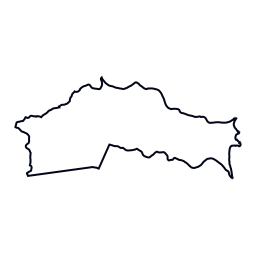 outline of Anse Ger, Micoud, Saint Lucia
{"feature_id": "8701671B87504135677093", "entity_name": "Anse Ger", "entity_type": "district", "adm_level": 2, "iso_a3": "LCA", "parent_name": "Saint Lucia", "parent_adm1": "Micoud", "projection": "orthographic", "projection_center": [-60.912, 13.796], "detail": "fine", "context": "isolated", "style": "outline", "palette": "ink", "viewbox_px": 256, "rotation_deg": 0, "n_neighbors": 0, "source": "geoboundaries", "source_scale": "gbopen_adm2", "svg_char_len": 5797}
<svg xmlns="http://www.w3.org/2000/svg" viewBox="0 0 256 256"><path d="M98.7,168.6L109.4,144.6L110.2,144.7L111.5,145.2L112.2,145.3L113.4,145.8L114.1,145.9L114.8,146.1L117.5,146.2L118.1,146.4L120.4,147.8L121.1,148.0L121.7,148.0L122.4,147.8L123.1,147.9L123.6,148.3L125.2,149.6L126.3,150.3L127.0,150.4L128.4,150.5L131.8,150.2L132.5,150.1L135.2,149.5L136.4,148.9L137.0,148.8L138.2,149.6L138.7,150.0L140.5,151.0L141.6,151.8L142.0,152.4L142.7,154.3L143.0,154.9L143.5,155.4L144.0,155.9L144.6,156.2L146.6,157.0L148.0,157.4L148.6,157.4L149.3,157.4L149.9,157.1L151.5,155.7L153.2,154.7L154.1,153.7L154.6,153.2L155.1,152.7L155.7,152.3L156.9,151.7L157.6,151.9L158.2,152.2L158.8,152.4L159.5,152.5L160.2,152.4L161.5,152.4L162.9,152.2L163.6,152.1L164.2,152.4L164.8,152.8L166.2,154.3L166.6,154.8L167.4,155.9L167.6,156.5L167.6,158.6L167.7,159.3L168.1,159.8L168.6,160.3L169.3,160.4L170.6,159.9L172.2,159.9L172.6,159.8L173.0,159.4L173.6,158.6L174.1,158.1L174.5,157.9L174.9,157.9L175.4,158.1L176.2,158.5L177.7,159.1L178.3,159.5L178.9,159.8L179.8,160.0L181.3,160.2L183.0,160.8L183.8,161.2L184.7,161.7L184.9,162.0L185.3,162.3L185.9,162.6L186.8,163.2L188.5,164.8L189.5,165.8L191.1,167.2L191.6,167.5L193.1,167.9L194.2,168.0L194.7,167.9L195.2,167.7L197.8,166.9L198.8,166.5L199.1,166.1L199.7,165.8L200.8,165.2L201.1,165.0L201.4,164.6L203.3,162.2L203.7,161.7L206.7,159.3L207.2,158.9L208.3,158.8L209.8,158.4L210.3,158.3L210.9,158.3L212.6,158.6L213.4,158.9L214.3,159.4L215.8,160.3L218.9,162.6L221.6,164.6L224.1,167.5L225.8,169.9L227.7,171.0L228.4,171.7L228.7,172.1L228.8,172.6L229.2,174.3L229.8,175.7L230.7,176.8L231.5,177.6L232.5,178.2L233.0,178.5L232.7,178.0L232.2,176.7L231.5,171.5L230.9,168.4L230.4,167.2L230.1,165.5L229.6,164.5L229.4,162.8L229.5,161.8L229.2,160.5L229.2,158.5L229.4,157.0L229.2,153.5L229.5,150.3L229.8,148.3L230.5,146.9L231.0,146.2L231.5,145.8L232.7,145.8L233.2,145.5L235.0,145.5L235.4,145.9L235.6,145.9L236.4,145.5L237.4,145.5L238.0,145.6L238.9,146.2L239.5,146.2L240.0,145.9L240.5,145.3L240.6,144.7L240.4,143.5L239.7,143.5L239.3,143.2L239.7,142.2L239.0,142.0L238.2,141.1L237.8,141.0L237.5,140.5L236.8,139.6L236.1,139.8L235.5,138.8L235.4,138.2L235.4,137.1L235.9,135.4L236.3,134.6L237.9,133.8L238.1,133.1L238.8,133.3L239.2,132.8L239.2,132.3L238.4,132.3L238.3,132.2L237.9,131.7L238.1,131.2L237.3,130.8L236.7,130.1L236.2,129.2L234.8,127.7L233.8,125.2L233.8,123.5L234.6,121.1L236.3,118.4L236.2,118.3L235.9,118.4L235.5,118.3L234.9,118.3L234.2,118.4L233.7,118.8L233.0,119.9L232.0,120.2L231.7,120.4L231.3,120.8L229.3,121.8L228.5,122.0L226.8,122.5L226.1,122.6L225.1,122.7L223.7,122.7L221.8,122.6L219.2,122.3L218.0,122.2L215.9,122.3L211.7,122.8L210.1,122.8L209.2,122.7L208.9,122.5L208.2,122.1L207.5,121.4L206.5,119.8L205.9,118.6L205.2,117.7L204.5,117.3L203.7,116.9L203.0,116.8L202.3,116.8L201.1,117.0L200.7,116.9L199.9,116.4L197.7,116.8L196.9,116.9L195.1,116.9L194.5,116.8L193.3,116.3L192.5,116.0L188.2,115.1L186.2,114.3L185.2,113.9L184.0,113.5L183.1,113.2L181.7,113.0L181.2,112.8L180.5,112.3L180.0,111.9L179.7,111.2L179.4,110.3L179.1,109.8L178.5,109.4L178.1,109.2L177.1,109.0L175.5,108.8L173.4,108.8L172.1,109.0L171.4,109.0L171.2,109.1L170.5,108.8L169.5,108.5L168.7,108.2L168.3,107.9L167.7,107.3L166.9,106.4L166.4,105.8L165.9,104.8L165.4,103.8L163.9,99.0L163.3,97.6L162.7,96.5L161.7,94.2L161.0,93.0L160.4,92.1L159.2,90.8L158.7,90.3L157.2,89.6L156.3,89.3L155.1,89.0L153.8,88.7L152.7,88.5L151.3,88.4L148.0,88.5L147.5,88.6L147.0,89.0L146.7,89.1L145.3,88.8L144.3,88.4L143.5,87.9L143.2,87.6L141.3,86.1L140.1,85.4L139.6,84.9L139.2,84.3L138.7,83.8L137.8,83.2L137.2,82.9L136.9,82.6L136.5,82.5L135.9,82.4L135.5,82.4L135.1,82.6L133.0,84.3L132.1,84.8L131.3,85.5L130.8,85.8L129.7,86.3L129.2,86.6L128.5,86.8L127.5,87.6L127.2,87.7L126.4,88.1L125.4,88.4L124.7,88.7L124.1,88.9L123.0,89.0L121.7,88.7L120.1,88.5L117.5,87.9L116.0,87.7L115.3,87.5L114.0,86.9L112.8,86.4L109.8,85.8L108.4,85.1L107.9,84.8L105.8,83.2L105.3,82.7L103.4,80.4L102.6,79.4L102.1,78.6L101.7,77.5L101.1,78.1L100.9,78.7L100.9,79.2L101.0,79.8L101.6,80.8L102.0,82.6L102.1,84.0L102.0,84.9L101.8,85.8L101.2,87.0L100.4,88.4L100.1,88.8L99.7,89.0L99.0,89.2L98.6,89.1L96.7,88.8L94.7,88.6L93.7,88.3L92.7,88.2L92.1,87.9L91.6,87.4L90.9,86.7L90.5,86.0L90.0,85.3L89.1,84.7L88.4,84.6L87.9,84.7L86.2,85.5L84.1,86.2L83.2,86.5L81.8,87.4L80.2,88.8L79.8,89.9L79.6,90.2L79.1,90.7L78.2,91.4L77.5,91.7L76.8,91.9L76.3,91.9L74.9,91.7L74.6,91.5L74.4,91.9L72.7,93.5L72.2,94.3L71.5,96.4L71.1,97.0L70.8,97.2L70.6,97.4L70.0,99.1L69.9,100.3L69.8,101.0L69.5,101.4L68.6,102.3L67.9,103.0L67.0,103.7L65.5,104.2L65.0,104.5L64.1,104.7L63.1,104.8L62.7,104.7L62.0,104.8L61.2,105.1L60.2,105.8L59.0,106.4L59.0,107.1L59.2,107.4L57.5,107.7L56.9,107.9L53.9,108.3L52.6,108.8L52.1,109.0L51.3,109.8L49.1,110.6L47.9,111.6L47.6,112.2L46.6,113.0L45.8,113.6L43.2,115.1L41.1,117.2L40.5,116.8L39.9,116.6L39.1,116.4L38.3,116.3L37.5,116.3L37.2,116.1L36.7,116.5L36.1,116.7L35.6,116.5L35.1,116.2L34.0,116.4L33.2,116.2L32.1,115.9L31.1,115.8L30.4,116.0L29.6,116.8L28.7,117.7L28.4,117.8L27.8,118.0L27.1,117.8L26.4,117.4L25.9,117.2L25.3,117.5L24.6,119.1L23.9,119.8L23.1,120.9L21.2,121.2L20.2,121.5L19.3,121.7L17.8,121.9L17.0,122.2L16.5,122.8L15.4,127.1L16.5,127.7L17.9,127.9L18.5,128.2L19.5,129.1L20.2,130.0L20.8,130.6L21.9,131.5L22.5,131.8L23.3,131.9L24.3,132.4L27.0,133.7L28.1,134.8L29.0,136.1L29.2,136.9L29.1,137.8L29.0,139.4L29.1,140.3L29.1,141.3L28.8,142.7L28.1,143.4L26.3,144.8L25.8,146.0L25.8,146.5L26.0,147.3L26.8,148.2L28.7,149.3L29.4,150.1L30.1,151.9L30.6,152.7L30.5,154.7L30.3,155.9L30.3,158.1L30.5,159.4L30.5,162.1L30.3,163.4L30.1,164.5L29.9,165.4L30.5,165.6L31.2,166.1L31.6,167.1L31.6,167.7L31.1,170.5L30.9,170.8L30.5,171.1L29.5,171.5L28.2,172.3L27.2,172.9L27.0,173.2L27.0,173.8L27.5,174.6L28.0,175.9L93.0,167.0L93.5,167.2L94.7,167.5L96.0,167.5L98.7,168.6Z" fill="none" stroke="#020617" stroke-width="2"/></svg>